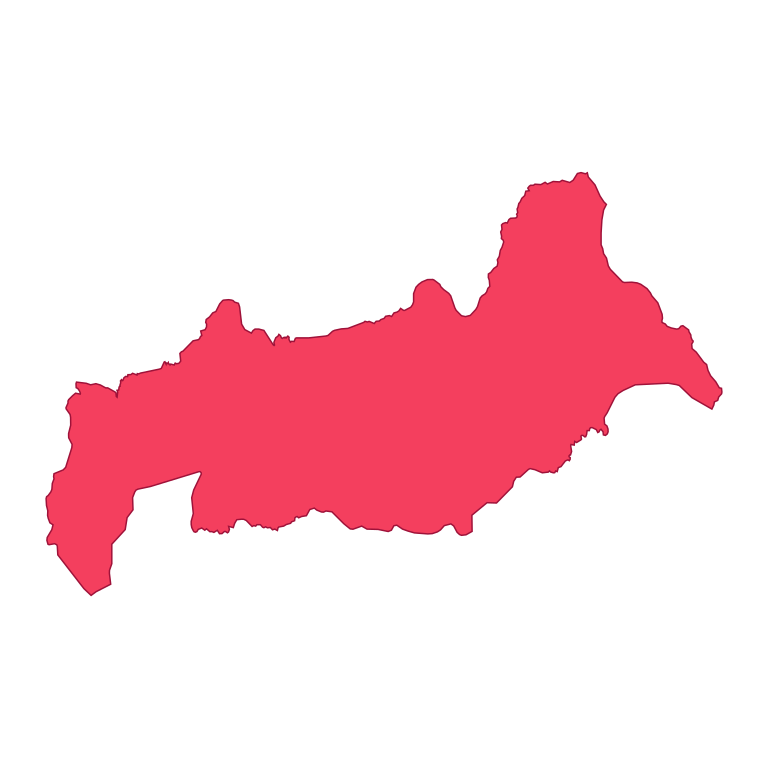 Anouvong, Vientiane, Laos (Natural Earth projection)
{"feature_id": "54806243B81229078685154", "entity_name": "Anouvong", "entity_type": "district", "adm_level": 2, "iso_a3": "LAO", "parent_name": "Laos", "parent_adm1": "Vientiane", "projection": "natural_earth1", "projection_center": [103.023, 18.902], "detail": "fine", "context": "isolated", "style": "filled", "palette": "rose", "viewbox_px": 768, "rotation_deg": 0, "n_neighbors": 0, "source": "geoboundaries", "source_scale": "gbopen_adm2", "svg_char_len": 6077}
<svg xmlns="http://www.w3.org/2000/svg" viewBox="0 0 768 768"><path d="M76.5,382.1L76.0,383.7L76.2,387.7L77.8,388.5L79.4,390.8L80.4,393.2L80.2,394.1L75.6,393.2L72.6,395.7L68.7,399.6L68.0,401.0L68.0,403.1L66.0,407.6L66.1,408.8L70.1,414.5L70.6,417.4L70.7,425.2L68.6,433.5L68.6,435.5L68.7,437.8L72.1,444.4L71.8,447.7L65.7,467.3L63.2,469.9L54.0,473.7L53.6,476.6L54.0,478.9L52.3,483.4L51.9,489.3L50.9,491.8L48.2,495.5L46.6,496.7L46.1,498.6L46.5,505.5L47.8,510.8L47.6,515.4L48.2,518.2L49.9,522.8L53.0,524.8L51.8,529.7L47.2,537.5L46.9,540.4L48.0,544.3L49.1,544.7L54.6,543.7L56.8,544.8L57.3,546.2L57.8,554.9L83.9,588.6L91.1,595.4L96.1,591.7L110.7,584.2L109.4,573.3L109.5,570.3L111.8,563.7L111.8,544.2L125.2,529.6L127.1,517.6L133.0,509.8L132.6,497.6L134.8,491.9L136.1,490.0L138.1,489.1L150.4,486.5L199.1,471.6L200.2,471.7L201.1,472.6L201.3,474.1L193.7,490.0L191.7,497.7L193.3,513.6L191.2,521.3L191.2,524.5L191.8,527.7L193.3,530.7L194.1,531.8L195.5,532.2L196.9,531.6L198.2,529.4L201.7,528.0L204.8,530.2L206.5,528.8L209.9,531.7L211.9,531.6L213.9,532.4L217.3,530.3L219.5,533.7L222.0,533.6L224.4,531.5L225.5,531.5L227.4,532.8L228.5,532.0L229.4,529.5L228.6,526.4L233.3,527.6L234.7,523.3L236.8,519.7L241.7,519.2L243.8,519.3L246.3,520.5L252.1,526.5L253.8,525.6L255.7,526.1L256.9,524.7L260.4,524.7L262.6,527.2L263.9,527.7L265.6,526.8L267.4,527.8L270.3,527.5L272.5,529.8L274.8,529.1L277.4,530.5L278.0,527.9L278.8,527.0L283.7,526.1L286.3,524.5L290.6,523.3L291.6,521.8L294.6,520.7L294.9,517.8L296.2,516.8L297.1,516.5L298.7,517.8L301.6,516.5L306.4,515.7L309.8,509.5L314.3,508.1L316.8,510.1L321.5,512.0L323.6,512.1L325.9,511.0L331.9,511.8L343.8,523.7L350.2,528.9L353.0,529.2L361.7,526.1L367.0,529.1L378.1,529.4L388.2,531.5L391.4,530.2L393.9,525.7L396.8,525.2L402.5,529.1L408.1,531.1L414.5,532.9L427.8,533.9L432.3,533.6L437.4,531.9L440.5,529.9L444.3,525.6L450.9,523.9L453.7,525.9L457.1,532.3L459.5,534.5L461.4,535.3L466.0,534.8L472.1,531.4L471.9,515.2L487.0,502.7L496.5,503.0L512.4,486.8L513.7,481.3L516.3,477.2L520.1,477.0L528.3,469.5L530.0,468.6L535.0,469.7L542.3,472.8L548.3,472.1L549.5,470.9L550.6,472.0L553.3,472.8L554.7,472.7L555.7,471.0L557.2,471.6L558.3,467.6L561.0,466.6L565.4,460.9L568.0,459.8L569.3,460.7L570.1,459.4L570.2,457.6L569.1,456.8L569.0,455.9L569.8,454.9L570.5,455.0L571.6,451.5L570.7,445.9L571.0,444.5L574.2,445.1L574.7,441.4L576.6,442.5L580.9,439.9L581.5,439.0L580.9,436.2L581.9,435.3L583.1,435.5L584.8,436.9L585.7,436.7L586.6,434.4L587.1,430.6L589.3,430.6L589.7,428.7L590.5,427.7L592.2,427.6L596.3,429.6L597.8,432.5L599.1,431.8L599.7,430.3L601.0,429.3L603.0,431.7L603.4,434.9L605.5,435.4L607.3,433.9L608.1,431.8L608.0,429.0L606.9,425.9L604.6,424.1L604.1,418.2L604.6,416.7L607.1,412.9L614.9,397.3L618.0,393.7L623.2,390.4L635.3,384.8L668.1,383.2L676.4,384.6L679.3,385.5L691.9,397.6L711.9,409.1L713.8,405.1L714.4,401.9L717.7,400.4L718.7,397.0L721.6,393.8L721.9,392.0L721.5,388.3L719.3,387.8L715.7,381.7L710.6,375.8L708.0,370.4L706.6,364.5L703.7,362.2L696.2,352.1L692.1,348.6L691.7,344.0L693.1,341.8L693.0,340.8L692.1,340.0L691.0,337.2L690.8,334.9L689.0,331.8L688.6,329.9L682.9,325.7L681.0,326.1L678.7,328.7L676.7,329.1L671.4,328.0L667.2,326.4L665.3,324.0L662.1,322.5L661.9,320.7L662.5,318.2L662.1,314.2L657.8,302.8L651.8,295.8L650.4,292.9L647.0,288.6L640.8,284.3L637.2,282.9L631.8,282.2L624.4,282.5L622.5,281.9L610.3,269.3L608.3,265.9L606.5,258.1L603.6,253.7L602.7,248.7L601.1,244.8L601.1,232.9L601.9,219.9L603.6,210.0L606.4,204.4L603.8,201.8L600.0,196.0L595.0,184.9L588.3,177.0L587.3,172.8L585.5,173.8L581.0,172.6L577.4,173.5L573.2,180.2L569.8,182.5L562.2,180.3L559.6,181.9L553.2,181.5L547.4,184.0L545.1,182.3L540.9,184.6L534.9,184.2L533.4,185.3L530.5,185.3L529.3,186.2L527.8,188.1L529.2,190.7L525.8,191.2L524.7,195.6L521.8,198.3L520.2,201.8L518.8,203.5L517.9,207.4L517.1,209.0L517.7,212.8L516.6,214.2L517.3,215.8L516.9,217.1L515.8,218.0L510.5,218.3L508.9,219.6L507.3,223.0L505.6,222.6L502.8,223.6L501.5,225.0L502.0,229.4L500.7,232.0L501.6,236.2L501.4,238.6L503.2,240.2L503.7,242.0L502.0,247.3L500.3,250.4L499.3,256.3L497.3,259.8L497.9,262.6L497.2,266.1L493.8,268.5L490.8,272.4L488.4,274.0L488.3,277.5L489.3,280.3L489.8,286.4L487.9,288.3L486.6,292.0L485.1,293.9L482.1,295.8L480.2,298.0L477.5,306.6L475.8,309.5L470.3,315.4L465.5,316.6L461.7,315.8L460.7,315.0L456.2,310.4L454.9,308.0L450.7,295.8L448.7,293.3L443.7,289.6L440.8,286.7L439.8,284.4L434.0,280.0L432.8,279.5L427.5,279.6L422.0,281.9L418.6,284.4L416.0,287.2L413.6,293.6L413.6,301.9L412.5,304.8L410.8,307.2L404.7,310.4L403.6,310.4L400.6,308.4L398.9,310.9L397.0,312.1L394.0,312.9L391.6,316.5L389.4,315.6L385.6,316.3L384.1,318.4L380.8,319.6L379.4,321.0L376.1,321.3L374.2,323.5L369.1,321.4L367.4,322.0L365.0,321.3L363.7,322.4L347.9,328.4L341.2,328.9L334.7,330.3L332.5,331.3L328.1,335.4L326.1,336.0L308.6,337.9L296.5,337.9L295.4,338.3L294.1,341.5L291.6,341.3L290.4,342.2L288.9,339.3L289.1,337.3L288.2,336.3L287.7,336.1L286.2,337.9L285.1,337.2L284.8,337.9L283.7,337.5L282.3,338.4L281.4,337.8L280.5,335.7L278.9,334.4L278.0,336.1L275.8,337.7L273.9,342.3L274.5,345.1L274.1,345.5L273.1,344.7L263.9,330.4L258.9,329.1L255.0,329.1L253.0,330.6L251.4,333.1L244.8,329.6L241.6,324.1L239.6,306.9L238.4,303.3L234.6,302.1L233.1,300.6L231.6,300.1L228.7,299.7L223.7,300.1L222.7,300.5L219.7,303.9L215.9,311.5L212.7,312.9L209.6,316.9L206.2,319.5L205.7,322.4L206.6,324.1L206.5,327.0L205.1,329.7L200.7,331.0L201.8,335.6L200.6,336.4L199.5,338.7L198.3,339.7L193.1,340.8L182.9,351.2L181.4,351.8L179.9,353.4L180.7,361.1L178.8,363.4L176.4,363.7L175.2,363.1L174.2,365.0L170.8,364.1L170.1,364.9L169.8,364.2L168.5,363.9L168.3,362.5L167.4,363.5L166.4,363.0L166.1,364.2L164.9,361.7L164.2,362.0L161.3,368.4L159.5,369.1L140.4,373.1L138.8,373.9L137.3,373.6L137.0,375.0L132.6,373.3L130.9,374.6L127.9,374.7L127.6,376.6L125.7,376.4L124.0,377.7L122.8,380.5L122.1,380.7L121.5,379.7L120.5,380.8L120.7,382.8L119.9,385.4L120.2,386.1L119.1,387.0L118.7,390.0L117.0,390.3L117.7,392.0L117.1,397.2L116.3,396.5L115.9,392.7L114.9,391.9L107.8,387.9L105.7,387.9L100.4,385.0L95.9,383.7L90.6,384.8L86.3,383.3L76.5,382.1Z" fill="#f43f5e" stroke="#9f1239" stroke-width="1.5"/></svg>